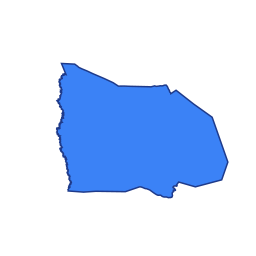 Javxlant, Selenge, Mongolia (Robinson projection), rotated 65°
{"feature_id": "93677404B94192220818262", "entity_name": "Javxlant", "entity_type": "district", "adm_level": 2, "iso_a3": "MNG", "parent_name": "Mongolia", "parent_adm1": "Selenge", "projection": "robinson", "projection_center": [106.265, 49.737], "detail": "fine", "context": "isolated", "style": "filled", "palette": "blue", "viewbox_px": 256, "rotation_deg": 65, "n_neighbors": 0, "source": "geoboundaries", "source_scale": "gbopen_adm2", "svg_char_len": 5782}
<svg xmlns="http://www.w3.org/2000/svg" viewBox="0 0 256 256"><g transform="rotate(65 128 128)"><path d="M153.8,47.2L134.0,58.4L114.1,68.5L115.0,74.7L114.2,74.5L112.8,75.0L111.3,74.6L110.1,74.9L107.2,74.8L106.4,74.9L105.9,75.2L105.2,75.3L104.5,77.1L104.5,78.3L104.2,79.4L103.3,81.1L103.1,82.1L102.3,84.6L102.0,85.1L101.1,86.0L100.4,89.8L99.1,92.3L90.9,108.9L88.3,113.9L86.0,119.0L80.7,122.3L73.3,128.5L63.8,137.0L58.9,141.1L55.1,144.6L52.1,147.1L50.9,147.5L47.6,149.3L41.4,161.0L53.3,161.6L53.1,161.8L52.9,162.5L52.0,162.7L52.0,163.1L52.7,163.1L52.8,163.3L51.9,163.6L51.8,163.8L51.7,164.2L52.1,164.5L52.5,164.3L53.0,164.3L52.7,165.5L52.9,165.8L52.7,166.1L53.1,166.3L53.5,167.1L53.9,167.2L53.9,166.6L54.4,166.8L55.0,166.5L55.3,166.7L54.9,167.4L55.4,168.1L55.2,168.6L55.5,169.1L54.9,169.4L55.0,169.7L55.4,169.8L56.0,169.6L56.3,169.6L56.1,170.2L56.6,170.7L57.0,171.0L58.4,171.0L58.5,170.8L58.5,170.4L58.8,170.3L59.4,170.7L59.8,170.7L59.9,171.0L59.6,171.1L59.6,171.3L60.1,172.0L60.3,172.1L61.2,172.1L61.5,171.7L62.2,172.2L62.6,172.2L62.7,171.5L63.0,171.3L63.5,171.8L64.3,171.7L64.9,172.0L65.4,171.8L65.5,172.2L65.9,172.4L65.7,172.6L65.7,172.9L65.3,173.0L65.2,173.2L66.0,173.4L66.6,174.1L67.0,174.1L67.1,173.7L66.6,173.1L67.6,173.0L67.9,173.4L68.9,174.0L69.0,174.5L70.4,175.5L69.9,175.7L70.0,176.1L70.4,176.2L70.7,176.1L70.9,176.3L71.7,176.5L71.9,177.0L72.7,177.1L72.8,177.3L73.3,178.0L72.4,178.6L72.3,179.0L72.7,179.2L73.4,179.0L73.9,179.5L73.8,179.9L73.2,180.3L73.1,180.5L73.2,180.9L74.2,180.5L74.9,180.2L75.2,180.5L75.7,180.5L76.2,180.6L76.4,180.5L76.3,180.1L75.8,180.0L76.7,179.5L77.3,180.0L79.4,179.9L79.5,180.8L79.8,180.9L80.2,180.7L80.0,180.3L80.3,180.0L80.1,179.7L80.5,179.6L80.6,180.1L80.8,180.2L81.9,180.1L82.3,180.0L82.8,180.4L83.1,180.2L83.0,179.8L83.8,179.5L85.2,179.4L85.3,179.6L85.2,179.9L86.1,180.3L86.9,179.9L87.3,179.8L87.4,180.1L86.6,180.5L86.4,180.6L86.4,180.9L87.1,181.8L87.3,181.8L87.7,181.6L87.4,181.0L87.5,180.8L87.9,181.3L88.2,181.5L88.4,181.4L88.5,180.7L88.9,180.6L89.7,181.3L89.7,181.5L89.4,181.8L89.2,182.6L89.5,182.7L90.1,182.4L90.6,182.5L91.4,182.2L91.8,182.3L91.7,182.7L91.2,183.0L90.7,183.7L91.7,184.2L91.9,185.1L92.2,185.2L92.6,184.9L92.8,185.5L93.6,185.9L93.8,185.8L93.7,185.2L93.8,185.2L94.2,185.6L95.0,185.3L94.8,186.1L94.2,186.1L94.5,186.6L94.3,186.9L95.1,187.4L95.3,187.3L95.3,187.0L95.5,187.1L95.8,187.8L95.1,187.8L94.9,188.0L95.4,188.8L95.7,188.9L96.1,188.5L96.5,188.5L96.8,188.7L96.6,189.1L96.7,189.3L97.5,189.0L98.7,189.8L99.2,189.7L99.5,189.8L99.6,190.1L99.0,190.1L99.1,190.6L98.2,190.9L99.2,191.9L98.0,192.3L98.0,192.6L98.5,192.8L99.1,192.5L99.3,192.7L99.2,193.1L100.2,193.1L101.5,193.7L101.4,194.1L101.5,194.3L102.0,194.0L102.7,194.1L103.0,194.3L102.9,194.5L103.0,194.6L104.0,194.7L104.1,194.4L103.5,194.0L103.6,193.8L104.0,193.7L105.0,193.8L105.6,194.4L105.9,194.4L106.0,194.4L106.1,194.1L105.9,193.4L106.6,192.7L107.0,193.7L108.0,193.9L108.3,193.4L108.5,193.4L108.6,193.7L108.5,194.2L108.7,194.4L109.0,194.3L109.1,194.0L109.4,194.0L109.5,194.2L109.4,194.4L108.9,194.7L109.2,195.1L109.8,195.0L110.4,194.3L110.8,194.7L112.0,195.0L112.1,195.3L111.8,195.7L112.0,195.9L112.7,196.0L113.4,195.6L113.7,195.6L114.2,195.9L114.2,196.3L115.1,196.6L115.4,196.5L115.3,196.0L115.5,196.0L116.5,196.1L117.6,195.8L117.6,196.3L118.4,197.3L118.3,197.5L117.7,197.5L117.7,198.3L118.1,198.5L119.0,198.5L119.0,198.2L118.6,198.1L118.9,197.9L119.0,197.6L119.3,198.0L120.0,198.1L119.7,198.3L119.7,198.5L120.9,198.6L121.0,198.5L120.8,198.1L121.4,198.2L121.5,197.9L121.8,197.7L122.4,197.9L122.6,197.5L123.0,197.4L123.6,197.7L123.9,197.7L124.2,196.8L124.3,197.6L124.7,197.8L124.5,198.0L125.0,198.2L125.8,198.1L125.6,198.6L126.6,198.8L126.7,198.5L126.7,198.3L127.3,198.2L127.0,197.7L127.3,197.5L127.4,197.3L127.2,197.0L127.6,196.9L128.1,197.3L128.8,197.4L129.1,197.1L128.8,196.8L128.9,196.7L129.5,196.9L130.3,196.9L130.5,196.9L130.5,197.2L129.9,197.2L130.0,197.5L129.7,198.0L130.0,198.1L131.0,197.8L131.1,198.0L131.5,198.1L131.7,198.5L132.2,198.4L133.7,198.7L134.1,198.5L134.0,198.1L135.0,198.3L135.1,198.5L134.9,198.7L135.0,198.8L135.4,198.9L135.7,198.7L135.7,199.0L135.3,199.3L135.3,199.5L136.0,199.4L136.4,199.7L136.8,199.5L137.4,200.0L137.7,199.9L137.8,199.6L138.1,199.6L138.7,200.0L138.9,200.5L139.2,200.7L139.4,200.6L139.6,200.3L140.0,200.5L140.1,200.4L140.0,200.0L140.6,199.9L141.0,200.1L141.1,200.4L141.5,200.3L142.3,200.8L142.1,201.1L142.4,201.9L143.1,202.1L143.5,202.0L143.7,201.7L144.1,201.8L144.6,202.1L145.5,202.1L145.6,201.9L145.4,201.6L146.3,201.6L146.0,201.3L146.2,201.0L146.6,201.1L146.8,201.4L147.1,201.2L147.6,201.2L147.8,201.8L147.7,202.0L148.3,202.3L148.8,202.1L149.0,202.2L148.9,202.5L149.2,203.0L149.5,202.7L149.9,202.9L150.6,202.7L151.1,203.1L151.3,203.0L151.3,202.7L151.8,202.3L153.3,202.3L153.7,202.5L154.2,203.4L154.8,203.7L154.8,203.8L153.8,203.8L154.3,204.3L154.4,204.6L154.9,204.5L155.0,205.0L155.1,205.3L155.8,205.3L155.6,205.6L155.9,205.9L155.8,206.3L156.8,206.5L157.3,206.2L157.3,206.4L156.8,206.8L156.8,207.0L157.5,207.1L157.9,207.3L158.4,208.4L158.7,208.5L159.2,208.4L159.8,208.8L167.3,195.4L171.8,183.8L184.6,157.3L186.2,142.5L186.9,141.1L188.4,139.6L190.0,138.2L190.4,137.7L190.8,136.9L193.3,134.5L198.0,131.9L200.2,130.5L201.3,129.6L201.8,128.9L202.5,127.1L202.8,126.7L204.3,126.0L205.3,125.1L206.2,123.7L206.6,122.5L207.6,121.5L208.4,120.5L208.4,120.0L208.9,119.3L209.0,118.9L208.9,118.1L209.3,117.7L208.9,117.0L208.0,116.2L206.8,115.9L205.7,115.5L205.1,114.8L204.9,113.4L203.7,113.3L203.5,113.1L203.6,112.5L203.7,112.2L204.5,111.6L204.5,111.4L204.3,111.2L202.2,111.5L201.7,112.0L201.2,112.3L200.8,112.3L200.4,111.9L200.2,111.5L200.1,110.8L200.4,109.6L201.1,108.9L201.2,108.5L201.1,108.0L200.7,107.8L200.1,108.0L198.4,104.9L209.8,91.8L214.6,65.0L201.1,51.9L153.8,47.2Z" fill="#3b82f6" stroke="#1e3a8a" stroke-width="1.5"/></g></svg>